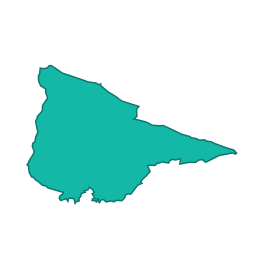 Juncos, Puerto Rico, rotated 263°
{"feature_id": "32010507B4476069881606", "entity_name": "Juncos", "entity_type": "district", "adm_level": 2, "iso_a3": "PRI", "parent_name": "Puerto Rico", "parent_adm1": "", "projection": "robinson", "projection_center": [-65.917, 18.206], "detail": "fine", "context": "isolated", "style": "filled", "palette": "teal", "viewbox_px": 256, "rotation_deg": 263, "n_neighbors": 0, "source": "geoboundaries", "source_scale": "gbopen_adm2", "svg_char_len": 1831}
<svg xmlns="http://www.w3.org/2000/svg" viewBox="0 0 256 256"><g transform="rotate(263 128 128)"><path d="M198.2,48.2L192.7,47.0L190.7,45.4L185.4,45.0L180.3,46.6L176.7,51.2L173.2,50.6L167.6,51.9L161.0,46.2L158.5,45.4L156.7,45.5L154.3,43.9L150.5,39.4L149.4,39.3L145.8,37.1L134.8,38.0L130.6,35.5L125.7,33.8L124.5,31.7L121.6,30.8L116.1,32.0L114.7,31.6L107.1,25.6L104.5,24.2L103.9,23.3L102.4,24.5L95.6,24.6L91.2,26.4L90.6,27.9L86.9,30.7L86.6,31.7L81.5,36.1L80.4,39.7L78.4,41.1L71.9,56.0L70.4,55.1L68.7,52.0L66.8,51.2L65.6,51.5L64.2,52.5L65.4,57.8L62.6,59.5L65.3,60.3L65.4,62.0L64.5,65.8L59.7,66.3L61.1,67.5L61.6,70.6L64.4,70.8L65.6,72.6L68.8,73.9L69.5,77.8L71.0,76.9L71.5,80.7L73.9,82.5L70.9,85.6L68.0,86.5L67.1,84.4L62.1,86.5L61.9,84.0L60.4,83.5L59.8,86.5L58.5,87.6L61.4,89.3L61.1,90.2L58.3,89.7L57.4,90.5L59.9,92.7L59.9,95.1L57.3,97.2L57.7,102.2L56.5,104.9L57.6,107.8L56.6,113.1L59.5,116.5L61.8,117.2L62.7,120.5L61.9,122.3L63.0,123.8L70.0,130.6L71.4,135.1L73.3,134.1L76.2,137.2L77.5,139.4L79.7,141.8L82.0,144.6L88.3,142.9L88.5,144.9L87.5,150.1L89.6,153.2L89.4,155.3L90.3,157.1L88.3,164.0L90.6,165.8L91.5,168.2L90.4,171.4L91.3,176.0L89.5,176.1L85.9,175.0L86.5,184.3L85.7,190.9L87.4,193.9L87.7,197.7L86.5,199.0L84.5,200.9L89.6,215.2L90.5,229.1L89.0,231.2L89.8,232.7L93.1,230.5L96.3,223.3L101.8,212.6L104.0,209.2L105.5,204.3L106.8,202.9L107.3,197.4L109.5,193.7L110.4,190.0L112.0,188.3L115.4,180.2L115.5,180.1L120.8,171.9L126.2,163.2L126.2,161.8L126.2,160.5L127.7,152.7L131.1,147.7L132.0,146.0L135.9,136.0L136.1,134.8L138.5,138.3L143.6,138.6L145.4,138.8L148.1,141.4L155.3,125.5L157.9,122.4L159.4,121.2L166.5,112.5L167.6,111.4L173.3,106.2L175.1,106.3L174.5,104.2L176.5,101.8L178.7,93.7L179.7,91.9L184.9,81.3L190.5,69.5L199.2,59.7L199.5,57.4L197.4,55.2L197.2,51.1L198.2,48.2Z" fill="#14b8a6" stroke="#0f766e" stroke-width="1.5"/></g></svg>